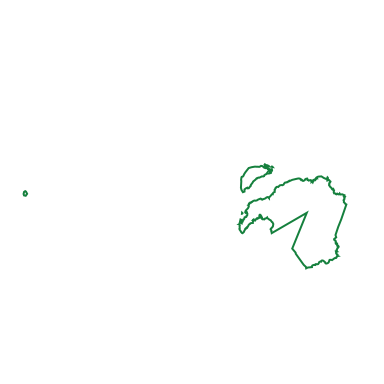 Lau-Mbaelela, Malaita, Solomon Islands (orthographic projection), rotated 289°
{"feature_id": "97153195B87820202711948", "entity_name": "Lau-Mbaelela", "entity_type": "district", "adm_level": 2, "iso_a3": "SLB", "parent_name": "Solomon Islands", "parent_adm1": "Malaita", "projection": "orthographic", "projection_center": [160.756, -8.207], "detail": "fine", "context": "isolated", "style": "outline", "palette": "green", "viewbox_px": 384, "rotation_deg": 289, "n_neighbors": 0, "source": "geoboundaries", "source_scale": "gbopen_adm2", "svg_char_len": 6131}
<svg xmlns="http://www.w3.org/2000/svg" viewBox="0 0 384 384"><g transform="rotate(289 192 192)"><path d="M157.0,324.8L158.3,326.1L160.0,329.8L160.5,329.5L161.8,329.8L162.7,330.9L163.1,332.4L163.4,332.5L163.7,332.2L164.1,332.5L164.6,334.3L165.0,334.8L166.4,335.1L166.9,335.0L167.9,335.8L168.2,336.8L169.0,336.7L169.6,337.2L169.8,338.1L169.6,339.1L169.4,339.3L168.9,340.8L168.3,341.1L168.0,341.8L168.2,342.6L169.2,343.7L169.9,344.1L172.6,344.2L173.2,345.6L173.2,346.6L175.9,348.4L176.5,349.7L177.2,350.0L177.9,349.8L178.6,350.1L179.0,350.8L179.1,350.2L180.1,350.0L180.2,349.2L180.5,348.8L181.1,348.6L181.1,348.2L182.5,347.6L182.9,348.3L183.1,347.6L183.4,347.9L183.7,348.0L184.0,347.7L184.2,347.9L185.4,347.7L186.5,348.1L186.8,347.9L187.7,348.5L188.2,348.4L188.5,348.0L188.0,347.3L189.1,346.4L189.3,346.7L189.7,346.3L190.2,346.1L189.8,345.5L189.8,345.1L190.0,344.8L190.4,344.9L190.7,344.5L191.1,344.7L191.7,344.0L192.3,344.0L193.0,342.6L193.1,342.0L193.7,341.7L196.1,343.1L198.0,341.7L206.6,341.6L214.7,342.0L230.5,342.0L230.8,340.6L231.1,340.4L231.8,338.9L233.2,338.5L233.5,338.0L234.4,338.0L235.0,338.4L235.4,338.2L236.3,338.2L236.4,337.8L237.0,337.9L237.3,337.3L237.6,337.7L237.8,337.2L238.1,337.4L238.6,337.3L238.7,334.7L238.0,333.4L238.1,332.7L238.6,332.1L238.2,332.0L237.9,332.2L237.6,331.9L237.4,331.1L237.6,330.7L237.4,330.0L237.6,329.7L236.8,329.3L236.8,328.7L237.3,327.6L237.0,326.8L238.0,326.0L239.7,325.8L239.8,325.0L240.1,324.7L240.7,324.8L241.0,324.4L240.2,323.7L240.4,323.3L241.4,322.3L241.6,321.3L242.1,320.9L242.9,319.5L243.4,319.3L243.9,319.4L244.3,319.0L245.0,319.2L245.4,319.0L246.2,319.5L247.0,319.5L247.2,318.9L247.9,317.8L247.7,316.7L247.3,316.7L246.9,316.2L247.7,315.8L248.8,316.2L249.7,315.8L249.9,315.4L249.2,315.4L248.5,314.9L248.0,314.2L248.2,312.0L248.9,309.3L247.9,306.9L247.2,305.8L246.3,305.1L246.1,305.3L246.1,305.0L245.7,304.8L245.2,304.8L245.0,305.4L244.7,305.1L244.7,304.5L244.2,304.3L243.9,304.7L243.6,304.7L243.8,304.0L243.0,303.0L242.7,303.3L242.8,304.1L242.1,303.1L240.4,303.0L241.1,302.0L240.6,301.7L241.4,301.5L241.3,300.9L241.9,300.4L241.4,299.4L240.8,298.7L241.1,298.1L240.9,297.4L241.4,297.2L242.2,296.6L241.7,295.6L240.7,294.8L240.0,294.8L238.9,293.9L238.7,293.5L238.6,292.8L239.2,292.1L239.1,291.2L238.9,291.1L239.0,290.9L239.5,291.0L239.6,290.6L239.4,290.4L239.8,289.5L239.4,288.1L238.7,286.9L236.1,282.8L234.3,280.9L234.4,280.4L233.8,280.0L233.4,280.0L232.9,279.2L232.4,279.1L232.4,278.7L231.5,277.8L231.4,277.2L231.1,276.8L229.8,276.3L228.8,276.2L227.9,275.4L227.7,274.3L226.8,272.8L224.8,271.9L224.7,270.9L224.3,270.3L223.0,269.7L222.7,269.9L222.1,269.6L221.3,269.6L220.8,269.4L220.4,269.8L219.5,269.9L219.0,270.2L218.0,269.2L217.0,268.9L216.2,269.1L216.1,268.5L216.0,268.4L212.8,267.1L212.4,266.6L211.8,266.5L211.3,266.7L211.8,265.8L211.8,265.1L211.1,264.2L209.9,263.5L209.0,262.5L208.4,261.6L207.7,261.1L207.6,260.2L208.0,260.0L208.1,259.0L206.4,257.0L205.2,256.1L204.5,255.0L204.3,253.9L203.5,252.8L202.2,252.1L202.1,251.6L201.4,251.2L201.2,250.9L201.0,251.0L200.8,250.5L200.5,250.6L200.2,250.4L200.2,250.0L199.9,249.7L199.4,249.6L198.8,250.0L198.4,249.8L198.1,249.9L197.8,249.6L197.7,249.9L196.8,250.4L196.5,250.3L196.0,250.4L194.8,250.2L192.2,249.0L191.1,249.5L190.8,250.5L190.0,250.9L189.6,251.4L187.9,251.8L187.2,251.3L186.8,251.5L186.1,251.4L185.2,250.0L183.5,250.1L182.9,249.5L182.2,249.7L181.7,249.3L180.5,249.6L179.6,249.0L178.6,249.2L178.8,248.3L179.2,248.1L180.2,248.3L180.9,247.7L181.7,248.0L181.8,246.8L179.1,247.1L176.9,247.2L176.7,247.0L176.7,247.3L176.2,248.0L174.9,248.2L173.1,249.0L172.6,248.8L171.9,249.3L170.5,251.2L170.0,251.6L169.8,252.5L169.5,252.7L169.5,253.2L171.2,254.1L172.6,254.1L174.4,254.6L176.0,255.8L176.7,255.9L176.4,255.3L178.1,256.2L179.3,256.3L180.2,256.7L180.8,257.3L181.2,257.3L181.7,257.8L182.6,259.6L183.1,259.3L184.4,259.4L184.8,259.1L184.9,258.7L185.5,259.1L185.7,258.9L186.1,259.2L185.4,259.7L185.6,261.0L186.2,261.0L186.6,261.3L187.0,261.3L188.5,262.1L188.2,262.7L188.6,262.8L188.6,263.1L189.2,263.7L189.7,263.5L189.6,262.9L189.9,263.7L191.1,263.7L191.9,263.3L192.4,263.4L192.4,263.6L191.6,264.0L191.8,264.5L192.2,264.6L191.8,265.0L191.8,265.9L192.0,266.2L191.7,266.0L191.5,265.1L190.2,265.5L190.4,266.0L190.4,266.6L189.4,266.9L189.2,267.5L189.2,267.8L189.5,268.1L189.6,269.2L190.4,269.4L190.8,270.2L192.2,271.2L191.7,271.4L191.7,272.4L191.0,274.3L190.9,275.5L189.6,277.4L189.6,277.9L188.2,279.3L185.9,279.7L184.6,279.4L184.4,279.1L182.5,278.4L182.2,278.5L181.5,279.6L180.3,279.9L179.9,280.4L179.1,280.8L209.7,307.3L171.1,305.2L168.4,309.7L167.4,310.2L160.2,320.3L159.4,321.5L158.3,324.1L157.0,324.8ZM239.6,260.0L238.9,259.3L238.8,257.8L238.7,257.5L238.4,257.4L238.9,257.2L238.9,256.4L238.7,256.4L238.5,256.6L238.4,256.2L238.7,256.0L239.0,255.0L238.4,253.5L238.6,252.9L238.5,252.3L239.4,250.2L239.2,248.8L237.8,247.7L236.4,243.1L234.8,240.2L233.1,237.8L227.9,236.0L225.8,235.5L224.1,235.4L223.1,235.0L222.5,234.1L222.0,234.0L219.3,234.5L218.6,235.0L211.9,236.9L210.0,238.2L208.4,240.2L209.5,241.5L211.5,240.8L212.9,241.7L214.1,242.9L213.6,243.6L214.1,244.5L215.1,244.7L216.4,245.4L217.0,245.3L217.1,245.5L218.0,245.4L220.7,246.3L221.8,246.4L224.5,248.1L225.9,248.6L226.3,249.0L226.2,249.3L227.2,250.0L227.5,251.0L229.5,253.0L229.9,254.3L230.5,255.0L231.3,254.9L232.5,255.7L233.0,256.4L234.4,256.8L234.0,256.9L234.0,257.5L234.9,259.4L235.3,259.5L236.8,258.4L237.5,259.1L238.1,260.7L238.5,260.7L239.6,260.0ZM138.5,34.0L137.4,33.2L135.3,33.4L134.1,34.3L134.3,36.0L136.6,36.7L138.3,34.9L138.5,34.0ZM191.5,249.1L191.2,248.8L190.0,249.0L189.7,249.7L190.1,250.0L190.6,250.0L191.5,249.1ZM240.0,253.3L239.7,252.1L239.4,252.0L239.0,252.5L239.2,253.7L239.6,253.9L239.8,253.8L240.0,253.3ZM241.4,253.1L241.9,251.9L241.6,251.8L241.2,253.2L241.3,254.5L241.7,254.9L241.8,254.1L241.4,253.1ZM236.4,259.5L236.1,259.1L235.6,259.5L235.6,260.2L235.8,260.5L236.0,260.5L236.3,260.1L236.4,259.5ZM241.7,255.3L241.3,255.0L241.0,255.2L240.9,256.0L241.2,256.5L241.5,256.3L241.7,255.3ZM188.7,246.1L187.8,246.3L188.1,246.7L188.1,247.4L188.7,246.1ZM242.1,259.2L241.7,258.9L241.9,260.1L242.1,259.8L242.1,259.2Z" fill="none" stroke="#15803d" stroke-width="2"/></g></svg>